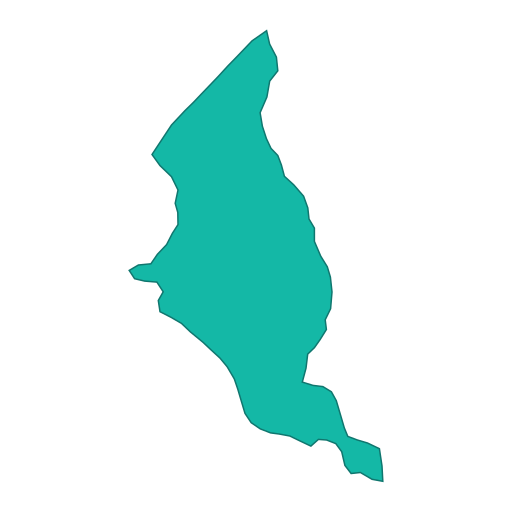 outline of Capivari de Baixo, Santa Catarina, Brazil
{"feature_id": "56859067B80668799138797", "entity_name": "Capivari de Baixo", "entity_type": "district", "adm_level": 2, "iso_a3": "BRA", "parent_name": "Brazil", "parent_adm1": "Santa Catarina", "projection": "albers", "projection_center": [-48.938, -28.454], "detail": "fine", "context": "isolated", "style": "filled", "palette": "teal", "viewbox_px": 512, "rotation_deg": 0, "n_neighbors": 0, "source": "geoboundaries", "source_scale": "gbopen_adm2", "svg_char_len": 1285}
<svg xmlns="http://www.w3.org/2000/svg" viewBox="0 0 512 512"><path d="M332.0,292.0L330.4,277.1L327.3,266.8L320.7,256.1L314.4,241.4L314.4,228.1L309.0,219.0L307.8,207.9L303.6,196.2L293.8,184.9L284.4,176.3L281.4,165.0L277.8,155.5L271.0,148.4L266.4,138.6L262.4,126.3L260.1,112.7L266.9,97.0L269.7,81.1L277.8,70.8L276.4,57.1L269.6,44.0L266.6,30.7L252.1,40.8L236.9,56.7L228.0,65.8L218.1,76.6L201.2,94.2L193.5,102.3L185.1,110.5L171.5,125.0L152.0,154.5L160.0,165.6L171.5,176.7L178.0,190.0L175.2,203.3L177.8,212.5L178.0,224.6L172.4,233.3L166.6,244.6L157.4,254.3L150.9,263.8L138.4,265.0L129.2,270.4L134.6,278.7L144.7,281.1L156.9,282.1L163.2,291.8L158.3,300.5L160.0,311.7L170.8,317.2L181.5,323.4L190.6,332.1L202.9,342.2L211.5,350.3L220.0,358.1L227.2,366.8L234.3,378.9L237.8,389.2L240.6,398.7L245.0,413.4L251.2,422.7L260.3,428.9L270.6,432.9L279.1,434.0L289.8,436.0L300.1,441.0L310.9,446.1L318.4,439.4L326.6,440.0L335.8,443.6L341.7,451.7L344.9,465.4L351.1,473.5L360.4,472.5L372.0,479.3L382.8,481.3L382.0,466.0L379.4,448.7L367.5,443.0L357.4,440.0L347.8,436.4L344.3,427.9L340.7,415.6L336.3,400.7L331.4,391.8L322.9,386.6L313.0,385.4L302.3,382.1L306.0,368.2L307.7,354.1L314.4,347.7L320.1,339.6L326.4,329.5L325.2,319.8L330.6,308.7L332.0,292.0Z" fill="#14b8a6" stroke="#0f766e" stroke-width="1.5"/></svg>